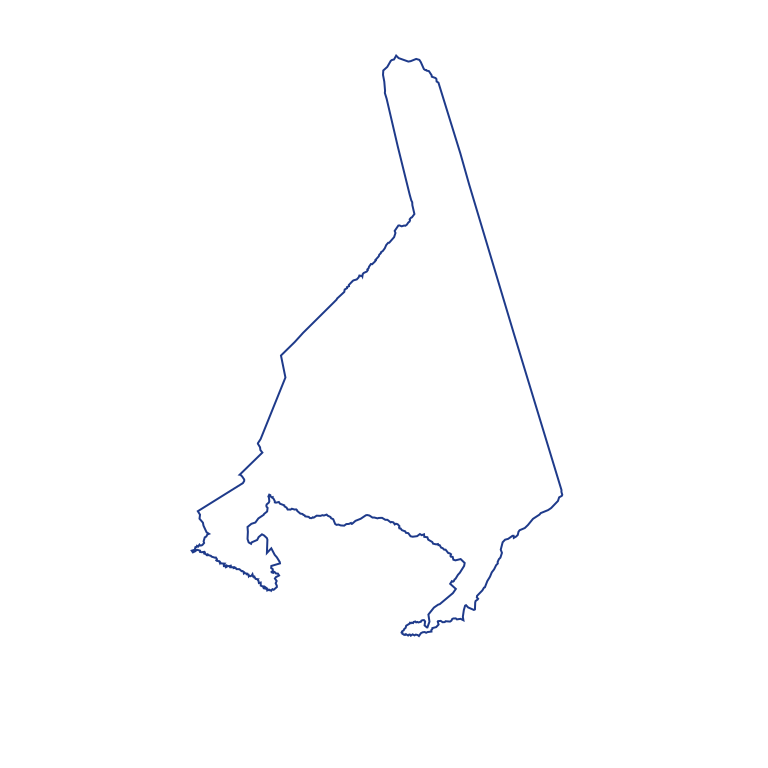 outline of Maicao, La Guajira, Colombia, rotated 315°
{"feature_id": "7082276B98586800286799", "entity_name": "Maicao", "entity_type": "district", "adm_level": 2, "iso_a3": "COL", "parent_name": "Colombia", "parent_adm1": "La Guajira", "projection": "albers", "projection_center": [-72.426, 11.405], "detail": "fine", "context": "isolated", "style": "outline", "palette": "blue", "viewbox_px": 768, "rotation_deg": 315, "n_neighbors": 0, "source": "geoboundaries", "source_scale": "gbopen_adm2", "svg_char_len": 6166}
<svg xmlns="http://www.w3.org/2000/svg" viewBox="0 0 768 768"><g transform="rotate(315 384 384)"><path d="M273.1,607.2L275.1,604.4L280.6,600.3L284.6,598.1L285.6,598.4L285.5,601.5L287.8,607.3L288.9,607.7L294.1,602.9L295.4,602.2L297.8,602.6L298.7,602.4L298.7,600.6L300.0,599.6L307.6,599.5L310.7,598.7L311.6,599.1L317.7,596.4L322.7,595.2L327.0,593.4L330.8,592.9L335.2,591.4L337.5,591.4L338.5,590.2L341.4,589.1L343.5,589.1L348.0,586.8L349.4,583.7L356.0,579.8L359.5,579.7L362.3,581.3L367.5,582.2L368.3,583.0L367.0,584.6L369.6,585.3L371.9,585.3L374.6,583.6L376.5,583.3L381.7,585.4L386.0,585.5L394.0,584.7L401.6,586.3L403.5,586.1L410.9,589.2L414.5,589.9L424.3,589.7L427.7,588.0L430.6,588.8L431.7,588.4L433.2,585.7L434.5,584.5L511.4,440.3L585.2,303.3L600.9,275.2L635.6,209.4L635.1,207.3L636.7,205.4L636.8,204.1L635.1,200.5L636.0,199.3L637.0,194.5L635.8,192.7L635.9,191.9L635.2,191.3L634.9,189.5L637.6,182.5L638.2,179.8L636.6,176.9L631.2,174.6L629.2,173.2L624.8,163.9L624.8,160.4L620.6,161.6L618.5,160.4L617.2,160.3L610.5,162.1L605.2,161.8L601.9,164.7L598.0,170.4L592.0,177.5L590.4,178.8L587.6,184.1L561.8,225.6L536.1,268.2L533.1,273.5L532.5,275.4L530.5,277.6L525.7,285.3L521.6,285.9L520.6,285.5L518.6,285.7L518.2,286.6L516.9,287.2L515.4,287.0L512.7,287.5L511.0,287.2L510.3,286.2L508.0,285.0L507.1,282.9L506.2,282.1L499.8,283.3L498.9,285.3L495.0,287.3L487.6,287.8L486.8,287.1L483.9,287.3L480.5,288.6L477.2,289.1L474.9,288.7L474.2,289.3L472.1,289.2L470.6,290.0L466.6,290.2L466.0,290.7L465.4,290.3L464.7,291.0L460.3,290.9L459.6,289.9L456.3,290.5L454.8,291.3L453.3,291.2L453.1,292.0L451.3,292.3L448.1,291.1L446.6,291.3L444.8,292.6L445.0,292.0L444.0,291.4L444.1,291.0L443.3,289.9L441.4,290.7L438.7,290.8L435.6,289.1L434.4,289.0L429.2,289.1L428.4,290.1L426.3,289.3L425.6,290.1L423.0,289.4L421.0,290.8L411.4,290.4L410.0,290.8L363.0,290.6L350.6,291.2L331.3,291.0L318.9,309.7L257.8,335.7L253.0,336.7L252.6,337.0L251.6,341.1L249.9,343.3L249.5,346.5L217.8,346.1L218.3,346.8L218.3,349.1L217.6,352.7L216.6,353.7L214.2,354.3L162.4,342.3L161.5,346.3L158.3,348.8L157.9,354.0L156.2,356.5L153.7,363.4L154.3,366.2L152.6,365.5L150.5,366.2L148.8,365.7L145.2,367.7L144.4,369.2L142.0,369.4L141.0,369.2L139.7,368.2L139.9,367.1L137.5,367.5L137.3,366.2L136.1,366.6L135.3,366.0L133.0,367.4L130.2,365.9L129.8,367.9L132.3,368.8L134.5,368.9L136.1,371.8L135.2,372.7L136.1,374.0L138.4,375.7L138.2,376.5L137.0,376.8L137.8,378.5L137.6,379.7L137.9,380.1L138.9,379.9L138.9,380.9L140.1,383.1L140.0,384.1L141.6,387.2L142.4,387.8L142.0,389.8L140.7,390.1L140.8,390.9L142.2,392.8L141.4,394.6L142.1,394.4L141.9,395.6L144.2,398.2L143.1,398.3L142.0,399.6L142.4,400.1L143.7,400.4L142.7,401.8L143.4,402.1L144.6,401.6L145.5,403.2L147.2,404.1L146.8,404.7L145.8,404.4L145.6,404.8L148.4,407.5L147.7,408.0L149.1,409.0L148.8,410.6L150.8,412.7L151.0,415.7L151.7,416.2L151.9,417.5L151.0,418.8L152.0,418.9L151.9,419.6L153.1,421.3L152.5,421.7L153.4,422.9L152.4,424.4L153.3,424.4L153.7,425.5L154.8,425.9L156.5,425.5L155.3,427.6L156.1,428.3L155.5,428.9L155.9,429.3L155.4,431.0L156.7,432.8L156.2,432.8L156.1,434.3L154.8,436.3L156.4,437.2L154.3,439.4L155.0,441.2L156.2,442.5L156.4,443.8L155.4,442.6L154.8,442.7L154.5,443.4L156.3,446.1L155.9,446.5L156.2,447.0L155.6,447.5L157.5,448.5L157.4,449.1L158.2,449.8L158.1,450.4L160.0,450.2L160.5,451.5L164.7,451.8L165.6,450.8L166.5,448.3L168.8,447.4L169.3,444.4L170.9,444.1L174.4,445.2L174.9,443.1L173.6,441.5L173.7,439.4L173.1,439.0L172.1,439.2L171.4,437.7L171.7,437.3L173.2,437.7L174.4,436.2L174.1,434.3L175.7,433.0L183.6,437.3L184.4,436.2L185.7,430.7L185.9,427.5L188.1,420.5L181.7,420.7L191.4,411.7L192.2,410.2L192.1,406.3L191.4,404.0L187.1,403.6L184.1,404.6L178.4,402.4L177.0,403.0L176.3,400.3L177.9,397.1L183.3,392.2L186.4,388.6L191.4,389.1L195.1,391.0L200.1,390.2L206.4,391.4L207.3,391.1L211.2,391.5L214.1,389.3L214.2,387.7L214.7,386.9L215.9,386.2L218.7,386.4L220.0,385.8L222.3,383.0L222.7,381.8L224.6,381.1L225.0,382.2L224.4,382.9L224.4,384.7L225.2,385.2L224.7,385.6L224.8,386.9L224.0,389.5L223.1,390.5L223.7,391.5L226.2,393.1L225.8,395.1L227.7,399.3L227.1,400.2L227.7,402.5L227.1,404.6L229.2,406.8L230.6,407.0L232.1,409.7L233.2,410.5L233.3,411.5L232.9,412.4L233.2,416.5L234.5,418.3L234.4,419.7L235.0,420.6L234.7,421.9L236.8,424.7L236.8,426.4L238.0,427.7L239.4,427.9L239.8,428.8L243.3,429.5L245.8,432.3L247.7,433.2L248.5,434.5L251.1,435.8L251.1,437.4L252.1,440.1L251.7,441.6L252.5,443.7L250.5,448.4L250.8,450.0L252.4,451.2L253.4,453.4L255.7,456.0L258.3,456.4L260.2,458.1L262.4,458.9L262.2,460.0L262.6,460.3L267.1,460.6L272.2,462.8L278.3,464.0L279.4,464.7L280.7,466.7L281.4,470.2L282.7,471.5L284.4,474.4L285.7,475.1L288.0,477.3L288.9,480.9L290.4,482.5L290.9,486.6L291.8,486.9L292.8,488.5L292.3,490.9L293.6,491.2L294.5,492.8L294.4,495.4L293.1,496.2L292.8,497.0L293.6,497.8L293.3,500.0L294.8,503.2L294.3,504.7L295.7,506.7L295.1,510.4L296.3,512.3L299.8,515.0L303.3,515.5L303.8,517.6L306.0,518.6L304.4,520.6L306.3,523.0L305.2,525.3L306.4,529.9L305.8,531.6L307.5,534.3L309.0,535.3L308.5,536.4L309.4,537.3L308.7,540.1L309.4,541.5L309.4,543.7L310.4,544.7L309.9,549.0L310.7,550.1L311.0,551.8L309.4,552.6L309.2,553.4L310.3,554.8L308.8,557.3L309.8,559.2L314.4,562.0L314.5,567.6L312.0,569.3L304.1,571.1L301.4,571.2L296.9,572.3L295.6,572.1L294.2,572.7L292.9,572.5L292.6,571.4L289.5,572.1L289.9,579.7L284.9,580.6L267.8,579.1L266.2,578.3L261.2,577.4L252.4,578.4L248.1,584.2L242.6,586.8L242.2,586.4L242.0,583.4L245.2,580.9L245.3,579.2L244.1,578.2L243.1,577.8L242.0,578.2L239.7,576.9L239.3,575.8L238.2,575.3L238.2,574.1L236.7,573.2L235.5,573.6L234.7,572.3L233.9,572.2L233.6,571.2L232.5,571.5L228.8,570.6L226.9,571.7L224.8,571.6L223.8,572.1L221.8,571.7L220.7,572.2L221.0,573.0L220.4,573.5L220.9,575.7L221.5,575.8L221.8,576.5L222.6,576.4L223.2,578.9L224.7,579.0L225.2,579.7L225.0,580.9L227.2,581.3L227.8,583.3L229.3,583.7L230.3,585.3L230.5,586.9L233.9,586.3L235.8,586.9L237.4,588.2L237.9,589.7L239.4,590.2L242.5,592.6L243.4,591.5L244.9,591.4L245.6,590.8L249.0,592.8L252.5,592.7L254.0,590.0L254.5,589.9L256.6,591.6L257.0,593.9L258.6,595.3L259.8,595.3L262.7,598.7L264.3,599.0L266.1,598.4L267.2,598.8L269.0,600.5L269.1,602.0L272.1,604.2L273.1,607.2Z" fill="none" stroke="#1e3a8a" stroke-width="2"/></g></svg>